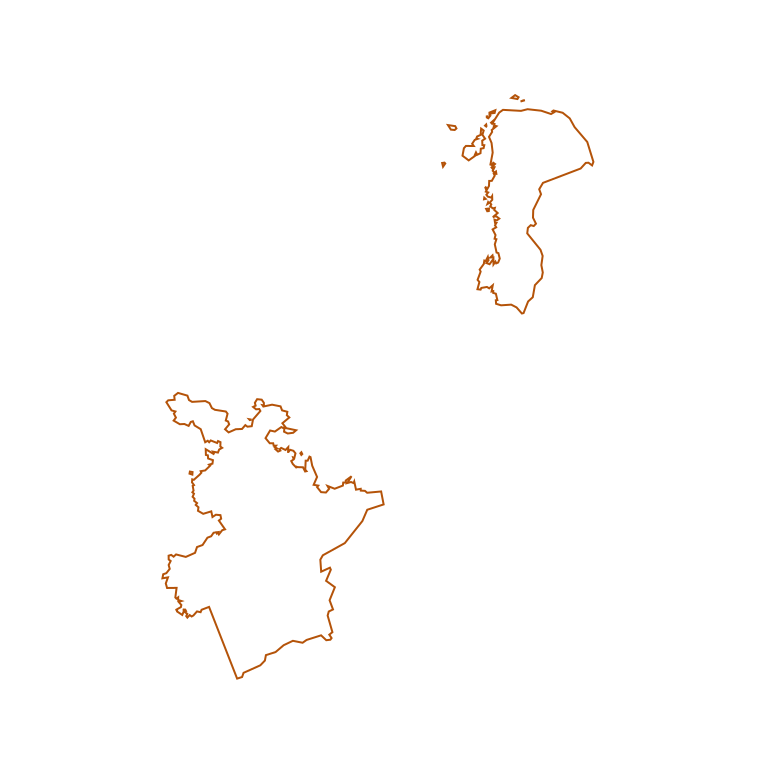 outline of Zamboanga del Sur, Zamboanga del Sur, Philippines, rotated 159°
{"feature_id": "2640588B82692599034098", "entity_name": "Zamboanga del Sur", "entity_type": "district", "adm_level": 2, "iso_a3": "PHL", "parent_name": "Philippines", "parent_adm1": "Zamboanga del Sur", "projection": "orthographic", "projection_center": [122.897, 7.565], "detail": "fine", "context": "isolated", "style": "outline", "palette": "amber", "viewbox_px": 768, "rotation_deg": 159, "n_neighbors": 0, "source": "geoboundaries", "source_scale": "gbopen_adm2", "svg_char_len": 6160}
<svg xmlns="http://www.w3.org/2000/svg" viewBox="0 0 768 768"><g transform="rotate(159 384 384)"><path d="M655.3,259.5L654.7,258.0L652.6,258.6L653.6,256.2L650.9,254.0L653.8,254.2L652.4,250.3L653.6,248.5L659.6,247.6L658.1,247.3L658.7,245.8L655.1,240.7L651.6,244.4L652.6,245.6L650.4,244.6L650.2,242.9L651.9,242.8L650.0,239.9L651.8,238.2L651.3,236.4L648.2,237.9L646.9,235.9L644.9,236.2L640.1,238.7L637.0,236.7L635.2,238.6L627.2,238.6L626.7,161.6L621.5,161.3L618.6,164.7L600.3,165.7L594.3,168.5L591.4,173.2L581.3,172.6L571.3,176.1L561.1,176.9L552.7,171.6L548.0,172.8L532.8,171.9L529.7,165.5L525.7,164.5L524.0,165.6L524.9,169.6L521.1,170.8L519.6,188.0L517.1,191.4L512.4,191.8L512.3,201.6L502.7,211.9L508.6,221.0L500.2,229.7L500.3,231.9L509.9,231.3L506.4,242.8L502.5,246.0L477.6,249.5L453.3,263.8L444.7,272.6L427.5,271.7L425.2,284.7L438.7,288.5L440.1,291.1L443.9,292.8L443.3,294.5L448.0,295.4L446.7,303.7L447.9,302.4L449.9,304.3L453.8,304.7L447.4,309.5L454.3,307.6L454.9,305.7L457.4,306.6L458.8,303.9L467.6,303.9L473.3,309.1L472.8,305.8L477.1,303.5L481.5,305.6L483.4,311.7L481.8,312.7L485.8,315.1L479.8,321.2L480.3,333.5L478.8,342.1L479.6,342.9L482.7,339.8L484.6,340.5L488.2,332.3L487.6,330.4L489.0,330.6L489.5,335.3L495.3,337.7L494.8,338.7L496.0,337.8L497.8,342.0L498.2,345.3L495.3,346.0L495.2,348.0L494.2,347.1L491.5,351.0L492.5,354.1L495.2,356.2L497.5,354.8L497.9,355.0L496.0,359.4L499.6,357.7L502.9,361.2L504.9,360.5L504.6,359.0L507.1,358.9L508.7,362.0L506.9,362.1L508.6,364.1L506.9,365.1L509.1,365.9L508.7,368.4L511.9,369.6L514.0,375.9L507.0,381.4L502.9,378.7L495.3,380.6L493.0,378.0L494.4,375.3L491.6,372.3L486.3,371.0L482.6,372.3L493.4,379.3L491.5,379.3L492.9,383.8L484.4,386.7L485.9,389.7L484.2,392.7L488.6,395.9L488.6,400.2L495.9,404.8L504.7,406.2L505.1,407.8L503.8,407.0L502.9,409.5L503.8,413.2L507.9,415.3L511.3,412.7L511.6,409.8L514.4,409.5L512.5,406.2L509.4,405.3L509.1,403.1L519.0,397.8L522.6,392.0L526.8,393.1L528.2,395.3L532.7,392.9L538.6,394.9L546.4,394.5L548.6,398.7L543.0,401.8L543.0,404.9L544.8,406.6L540.7,412.3L541.5,415.0L551.1,420.5L553.3,423.2L553.8,428.7L556.9,432.1L569.6,436.1L571.8,438.9L571.7,443.6L579.5,449.5L584.1,448.1L585.1,444.3L591.3,446.1L593.7,445.0L591.8,435.5L588.6,433.1L590.8,431.6L590.3,427.2L593.5,425.2L589.0,419.6L584.7,418.2L581.4,414.9L578.0,417.8L575.8,417.7L575.7,413.2L571.3,407.5L571.8,393.7L568.9,394.2L568.1,392.3L566.0,393.4L560.9,388.7L559.4,390.2L557.5,388.3L559.2,384.3L558.0,382.4L561.4,381.9L563.6,379.5L567.7,382.0L567.3,380.6L568.2,379.8L573.8,387.0L575.7,381.6L574.0,380.5L574.9,377.5L571.0,374.2L572.7,371.1L576.2,371.4L575.5,370.1L581.9,367.4L586.4,368.3L586.3,366.6L588.7,365.4L595.9,362.7L597.2,363.7L598.5,361.0L597.6,357.7L599.1,357.5L600.0,352.7L601.7,351.6L600.7,349.7L603.1,347.3L602.0,344.8L603.1,343.0L601.2,339.8L603.1,338.6L601.4,335.4L603.1,332.3L599.3,327.6L590.9,327.0L591.8,321.3L587.8,322.2L583.7,320.2L584.3,316.6L587.1,315.7L584.5,305.3L587.4,305.5L592.1,302.7L592.4,304.7L593.5,304.4L593.3,305.5L592.3,305.0L592.0,305.2L596.4,306.2L599.9,303.8L603.9,303.8L611.1,298.7L617.0,298.8L620.9,294.1L631.0,293.6L639.2,299.4L642.3,298.2L643.9,300.7L646.6,300.9L647.9,297.3L646.6,295.2L649.9,292.2L650.3,288.2L655.0,285.4L658.3,285.5L660.5,282.0L655.0,280.9L659.2,276.0L659.6,271.3L650.7,268.0L655.3,259.5ZM111.4,513.5L108.9,516.3L107.5,537.1L114.0,555.5L115.4,565.4L120.0,573.2L127.8,578.6L129.2,578.2L128.0,576.7L131.3,576.2L139.3,582.8L151.5,589.1L158.2,589.9L174.7,597.3L179.2,596.1L189.3,588.6L187.6,587.1L189.5,584.6L188.1,585.1L187.1,584.8L186.6,584.4L192.4,582.5L192.7,580.6L197.4,577.1L197.2,570.5L199.6,561.1L206.0,550.7L204.9,549.8L202.7,551.4L201.5,549.6L206.0,547.6L205.5,546.2L204.0,547.3L203.1,546.8L206.1,544.1L205.2,541.8L203.3,542.3L203.8,539.9L206.1,540.8L206.0,538.8L210.6,535.0L213.0,535.9L215.0,531.3L220.0,527.1L218.1,525.5L220.6,524.0L220.0,521.8L217.1,519.6L215.7,520.7L216.9,517.2L220.2,515.5L219.5,513.2L221.1,511.8L219.5,509.0L217.4,508.7L218.7,507.0L216.6,502.9L222.6,500.8L219.2,500.5L217.1,497.1L220.1,496.3L221.9,497.8L222.6,494.6L221.4,494.1L223.5,492.4L223.1,490.1L227.2,489.4L226.5,483.1L228.7,480.0L227.2,478.9L230.5,474.7L231.8,466.4L230.3,465.2L231.0,459.6L233.9,456.5L236.0,456.4L236.1,458.3L238.9,456.4L237.0,461.6L242.5,458.0L245.1,460.3L242.1,462.0L241.5,465.5L245.0,462.3L246.1,463.3L247.8,460.3L253.7,456.5L253.5,454.3L259.3,447.7L258.4,445.0L262.8,439.0L260.0,437.5L258.7,438.8L253.1,437.7L251.5,435.6L247.1,437.2L250.4,431.8L248.7,431.6L249.4,429.9L247.2,428.2L248.1,421.7L249.6,422.1L250.6,418.7L246.5,415.5L236.8,412.5L232.8,408.0L230.0,400.4L228.3,400.2L219.9,409.4L214.0,411.7L207.7,422.2L198.8,426.4L195.8,431.2L194.5,438.6L190.0,446.7L189.8,453.2L196.3,473.3L193.7,478.2L190.1,479.7L187.6,477.8L184.7,479.2L185.3,485.9L182.3,493.0L169.4,504.9L169.3,510.2L163.5,514.8L123.2,514.7L116.4,518.1L113.8,517.3L111.4,513.5ZM224.8,562.4L216.0,564.7L217.0,565.4L215.1,567.3L214.8,564.6L211.2,564.9L209.3,569.0L206.5,568.5L204.8,571.0L206.5,571.8L205.1,576.0L201.7,576.8L202.8,581.4L200.1,584.9L201.8,587.6L204.6,581.9L208.4,581.7L209.8,580.2L208.7,579.3L211.8,579.4L215.6,576.7L214.9,574.0L222.2,576.9L224.9,575.5L228.9,569.0L224.8,562.4ZM227.0,595.8L224.8,596.6L225.1,599.2L231.5,602.8L230.4,597.5L227.0,595.8ZM157.3,602.2L155.6,603.5L158.1,606.7L162.5,605.4L157.3,602.2ZM189.4,596.6L187.2,598.3L183.6,597.4L182.0,599.7L188.3,599.6L189.4,596.6ZM595.4,368.1L594.3,370.4L596.6,371.8L597.7,370.0L595.4,368.1ZM225.7,508.3L224.2,507.9L223.1,510.2L225.9,510.9L225.7,508.3ZM251.0,565.7L247.8,567.9L248.2,569.0L250.5,569.5L251.0,565.7ZM239.4,464.0L237.0,463.2L236.6,465.2L239.4,464.0ZM486.6,347.4L485.4,347.9L485.6,349.9L486.9,349.3L486.6,347.4ZM224.4,520.6L222.8,520.4L223.6,522.0L224.4,520.6ZM522.2,398.4L520.4,398.2L522.6,399.5L522.2,398.4ZM155.3,598.8L150.8,598.4L152.2,598.9L155.3,598.8ZM219.0,529.3L218.0,529.9L218.5,531.2L219.0,531.0L219.0,529.3ZM222.9,515.0L221.3,515.3L221.6,516.5L222.9,515.0ZM197.1,589.0L196.3,587.7L196.0,587.9L195.7,588.9L195.6,589.7L197.1,589.0ZM190.4,589.6L189.9,588.4L188.3,590.4L190.4,589.6ZM191.4,594.7L190.4,595.3L191.7,595.3L191.9,597.8L192.5,596.0L191.4,594.7Z" fill="none" stroke="#b45309" stroke-width="2"/></g></svg>